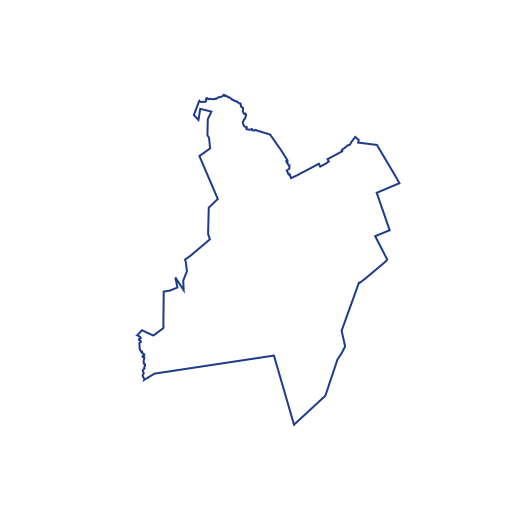 the district of Viesca, Coahuila, Mexico, rotated 54°
{"feature_id": "50627088B90788321268569", "entity_name": "Viesca", "entity_type": "district", "adm_level": 2, "iso_a3": "MEX", "parent_name": "Mexico", "parent_adm1": "Coahuila", "projection": "natural_earth1", "projection_center": [-102.997, 25.187], "detail": "fine", "context": "isolated", "style": "outline", "palette": "blue", "viewbox_px": 512, "rotation_deg": 54, "n_neighbors": 0, "source": "geoboundaries", "source_scale": "gbopen_adm2", "svg_char_len": 5256}
<svg xmlns="http://www.w3.org/2000/svg" viewBox="0 0 512 512"><g transform="rotate(54 256 256)"><path d="M250.3,398.5L250.4,398.4L250.6,398.3L250.7,398.2L250.9,398.1L251.0,398.1L251.5,398.2L252.6,397.6L253.0,397.5L253.3,397.4L253.5,397.3L254.3,397.3L254.6,397.4L254.7,397.5L254.8,397.8L254.7,398.1L254.6,398.9L254.5,399.3L254.5,399.6L254.7,399.8L254.9,399.9L255.1,399.9L255.3,399.9L256.4,399.6L257.1,399.3L257.4,399.3L257.5,399.3L257.7,399.5L257.8,399.8L257.8,400.3L257.8,401.2L257.9,401.3L258.0,401.5L258.5,402.0L258.9,402.2L260.1,403.0L260.8,403.4L261.8,404.0L262.3,404.5L262.9,404.6L263.1,404.8L263.4,404.9L263.6,405.0L263.8,405.0L264.6,405.0L265.0,404.9L265.8,405.2L266.0,405.2L266.2,404.8L266.2,404.6L266.3,404.4L266.5,404.4L266.8,404.5L267.2,405.0L267.3,405.1L267.5,405.1L267.8,404.9L268.3,404.8L269.0,404.5L269.5,404.4L270.0,404.3L270.3,404.3L270.4,404.5L270.5,404.7L270.5,404.9L270.3,405.9L270.3,406.1L270.3,406.3L270.3,406.5L270.5,406.8L270.8,407.0L271.0,407.0L271.3,406.9L271.6,406.6L272.3,405.9L272.5,405.9L272.8,406.2L273.6,407.3L273.9,407.4L274.0,407.5L274.6,408.3L274.9,408.7L275.0,408.8L275.8,409.2L276.2,409.4L276.6,409.6L277.0,409.9L277.2,410.0L277.3,410.0L277.4,409.9L277.5,409.8L277.6,409.6L278.3,409.4L278.6,409.5L278.8,409.7L279.0,409.9L279.3,410.1L279.4,410.3L279.6,410.4L279.7,410.5L279.9,410.8L280.0,411.3L280.0,411.5L280.3,411.7L280.4,411.8L280.9,412.0L281.2,412.1L281.3,412.2L281.4,412.3L281.5,412.5L281.5,413.3L281.6,413.6L281.6,413.8L281.7,414.1L282.3,415.1L282.5,415.2L283.1,415.2L283.8,415.4L284.5,415.6L284.8,415.7L285.1,416.1L285.3,416.4L285.4,416.6L285.5,417.1L285.7,417.5L286.2,418.0L286.5,418.2L287.1,418.3L287.7,418.3L288.1,418.4L288.5,418.5L289.5,418.6L289.9,418.6L290.1,418.7L290.3,418.8L290.5,419.1L291.5,407.3L323.4,345.7L347.1,300.0L414.8,324.4L409.8,282.0L387.6,250.9L384.9,243.7L381.5,237.0L373.9,233.7L366.8,230.7L338.1,188.4L338.7,187.9L338.5,180.5L336.6,153.6L335.8,151.9L310.0,147.9L313.7,132.7L275.8,121.2L281.4,97.2L272.9,96.2L252.3,94.3L237.2,92.9L224.3,106.7L222.5,104.7L218.0,105.7L219.8,111.7L221.2,114.7L220.7,116.2L220.5,116.4L220.7,124.5L222.0,124.7L219.7,141.2L222.3,141.5L222.3,144.9L221.4,151.5L218.3,150.9L217.0,160.5L215.5,170.6L214.9,175.3L213.6,181.9L209.4,180.7L209.2,181.7L205.0,180.9L204.9,177.6L202.8,176.0L202.8,176.3L198.1,176.0L198.3,175.4L196.9,175.4L197.0,174.3L190.2,173.9L188.3,173.7L184.4,173.5L176.8,173.4L167.2,173.2L166.2,173.1L159.8,177.9L156.3,180.5L153.7,182.3L153.7,183.3L153.0,183.9L152.4,185.0L151.1,184.6L150.8,184.8L150.7,185.1L150.6,186.1L150.3,186.5L150.1,186.9L149.9,187.2L149.7,187.3L149.2,187.8L148.5,188.6L147.3,189.1L146.4,187.8L146.1,188.1L144.8,189.0L144.7,189.0L144.4,189.0L143.9,189.1L143.7,189.2L143.6,189.3L143.2,189.3L141.6,188.7L140.8,188.4L140.4,188.4L140.1,188.1L139.8,187.6L138.6,185.4L138.5,185.2L138.4,185.1L138.5,184.5L138.5,184.4L138.3,184.0L137.8,183.3L137.5,183.1L137.3,182.9L136.9,182.0L136.8,181.7L136.6,181.5L136.0,181.0L135.7,180.9L135.0,180.8L134.8,180.8L134.6,180.8L134.4,181.0L134.4,181.4L134.4,181.6L134.4,181.8L134.2,182.0L133.4,182.0L132.6,181.9L131.5,181.8L131.2,181.7L130.1,180.6L129.9,180.5L129.2,179.9L128.5,179.5L128.4,179.5L127.7,179.7L127.2,179.9L126.8,180.2L126.5,180.2L126.4,180.2L126.1,180.2L125.4,179.8L125.1,179.5L124.8,179.4L124.1,179.1L123.7,179.0L123.5,178.9L123.3,179.0L123.2,179.2L123.0,179.7L122.9,179.8L122.6,179.9L122.2,179.9L122.0,180.0L121.7,180.1L121.0,180.3L120.7,180.5L120.5,180.8L120.4,180.8L120.2,180.8L119.9,180.8L119.8,180.7L119.6,180.6L119.4,180.7L118.7,181.5L118.5,181.8L118.3,182.0L118.1,182.2L117.8,182.3L117.6,182.3L117.1,182.4L116.5,182.5L116.2,182.7L115.8,183.3L115.5,183.5L115.4,183.5L115.2,183.5L114.6,183.4L114.4,183.5L113.6,183.9L113.1,184.0L112.8,184.2L112.7,184.2L112.3,184.2L112.0,184.3L111.9,184.3L111.7,184.5L111.5,184.8L111.4,185.0L111.2,185.3L110.9,185.5L110.4,185.5L109.9,185.6L109.7,185.6L109.4,185.7L109.1,186.0L108.7,186.2L108.0,186.5L108.1,186.8L108.3,187.0L108.2,187.1L107.9,187.3L107.3,187.3L106.8,187.1L106.7,187.2L106.6,187.3L106.6,187.6L107.0,188.6L107.0,189.2L107.0,189.5L106.9,189.8L106.8,190.1L106.7,190.7L106.6,191.0L106.3,191.7L106.1,192.0L105.9,192.4L105.7,192.7L105.6,193.2L105.5,193.5L105.5,194.4L105.5,195.1L105.5,195.7L105.5,195.9L105.2,196.3L105.1,196.5L104.9,196.5L104.6,196.6L104.5,196.8L104.5,197.1L104.4,197.4L104.4,197.8L104.3,198.1L104.0,198.5L103.6,199.0L103.0,199.5L102.8,199.8L102.6,200.1L102.2,200.6L101.7,201.0L101.3,202.1L101.2,202.4L101.1,202.5L100.3,202.5L99.8,202.6L99.5,202.8L99.3,203.0L99.2,203.3L99.2,203.5L99.3,203.8L99.5,204.0L100.9,205.0L101.3,205.4L101.5,205.7L101.5,205.8L101.5,206.0L101.3,206.7L101.1,206.9L100.8,207.2L100.5,207.5L100.3,207.8L100.3,208.0L100.1,208.5L99.7,209.3L99.5,209.5L99.3,209.7L98.7,210.0L98.4,210.3L97.9,210.6L97.7,210.7L97.4,210.7L97.2,210.7L97.3,211.0L105.4,223.4L112.1,222.6L104.2,214.6L113.0,207.2L117.0,214.6L129.7,224.3L130.0,224.3L132.9,224.6L142.0,229.9L141.8,243.0L187.4,253.4L189.1,265.8L210.0,281.8L215.4,283.5L216.3,295.7L217.3,309.0L217.2,315.5L218.5,315.9L220.5,316.8L227.7,320.8L233.2,329.4L241.1,334.6L225.9,333.8L235.3,338.1L233.4,345.9L230.6,351.6L258.7,372.5L259.5,372.8L259.9,373.5L260.0,385.6L259.7,386.0L249.0,391.9L250.2,397.7L250.3,398.5Z" fill="none" stroke="#1e3a8a" stroke-width="2"/></g></svg>